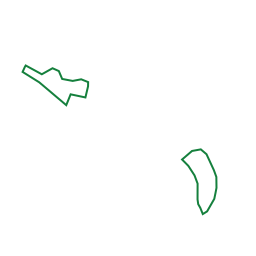 SVG path tracing the border of Al Asimah, rotated 48°
{"feature_id": "KWT-1663", "entity_name": "Al Asimah", "entity_type": "Province", "adm_level": 1, "iso_a3": "KWT", "parent_name": "Kuwait", "parent_adm1": "", "projection": "robinson", "projection_center": [48.15, 29.392], "detail": "fine", "context": "isolated", "style": "outline", "palette": "green", "viewbox_px": 256, "rotation_deg": 48, "n_neighbors": 0, "source": "natural_earth", "source_scale": "10m", "svg_char_len": 574}
<svg xmlns="http://www.w3.org/2000/svg" viewBox="0 0 256 256"><g transform="rotate(48 128 128)"><path d="M216.8,92.4L223.5,95.1L226.8,98.0L231.7,102.3L235.1,106.8L238.4,111.3L242.9,125.0L242.0,130.0L235.7,127.7L231.6,126.8L227.6,124.1L215.9,113.5L207.8,110.3L196.5,108.5L187.6,108.9L187.9,95.8L192.6,88.2L200.0,87.2L216.8,92.4ZM13.1,162.2L21.0,159.4L30.4,156.1L33.1,144.1L39.4,141.3L47.5,144.1L56.0,137.6L60.5,130.2L67.2,126.9L70.3,129.8L76.8,139.2L64.6,148.1L69.7,158.6L34.6,163.4L15.8,168.8L13.6,163.8L13.1,162.2Z" fill="none" stroke="#15803d" stroke-width="2"/></g></svg>